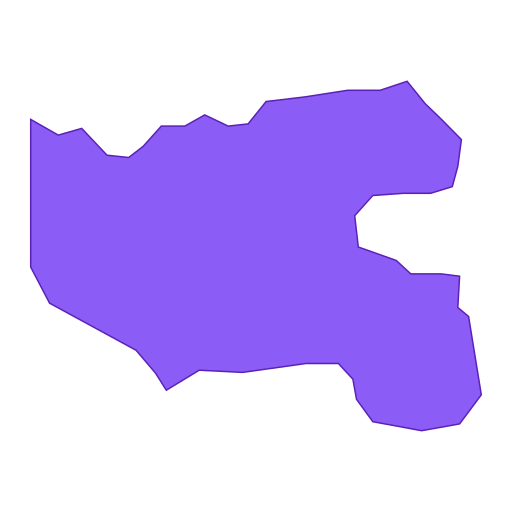 map outline of Rabat (Natural Earth projection)
{"feature_id": "MLT-5923", "entity_name": "Rabat", "entity_type": "state/province", "adm_level": 1, "iso_a3": "MLT", "parent_name": "Malta", "parent_adm1": "", "projection": "natural_earth1", "projection_center": [14.386, 35.882], "detail": "fine", "context": "isolated", "style": "filled", "palette": "violet", "viewbox_px": 512, "rotation_deg": 0, "n_neighbors": 0, "source": "natural_earth", "source_scale": "10m", "svg_char_len": 699}
<svg xmlns="http://www.w3.org/2000/svg" viewBox="0 0 512 512"><path d="M166.3,390.2L155.5,373.1L136.1,350.3L49.6,303.2L30.7,267.1L30.7,119.4L58.2,135.1L81.7,128.4L107.0,155.2L128.7,157.5L143.2,146.3L161.3,126.1L184.8,126.1L204.7,114.9L228.2,126.1L248.1,123.9L266.1,101.5L304.1,97.0L347.5,90.3L380.0,90.3L407.1,81.3L425.2,103.7L441.5,119.4L461.4,139.6L457.8,166.4L452.3,186.6L430.6,193.3L403.5,193.3L372.8,195.5L354.7,215.7L358.3,247.0L396.3,260.5L410.8,273.9L441.5,273.9L459.6,276.2L457.8,307.5L468.6,316.5L481.3,394.8L459.6,423.9L421.6,430.7L372.8,421.7L356.5,399.3L352.9,379.2L338.4,363.5L305.9,363.5L242.6,372.4L199.2,370.2L166.3,390.2Z" fill="#8b5cf6" stroke="#5b21b6" stroke-width="1.5"/></svg>